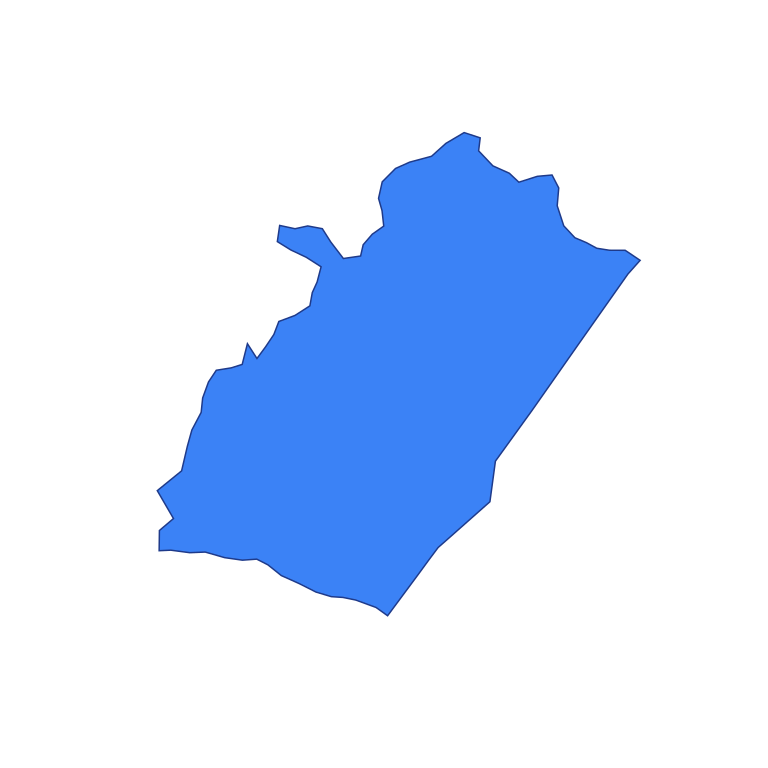 Coité do Nóia, Alagoas, Brazil, rotated 54°
{"feature_id": "56859067B710656969786", "entity_name": "Coité do Nóia", "entity_type": "district", "adm_level": 2, "iso_a3": "BRA", "parent_name": "Brazil", "parent_adm1": "Alagoas", "projection": "orthographic", "projection_center": [-36.593, -9.632], "detail": "fine", "context": "isolated", "style": "filled", "palette": "blue", "viewbox_px": 768, "rotation_deg": 54, "n_neighbors": 0, "source": "geoboundaries", "source_scale": "gbopen_adm2", "svg_char_len": 1190}
<svg xmlns="http://www.w3.org/2000/svg" viewBox="0 0 768 768"><g transform="rotate(54 384 384)"><path d="M386.7,663.9L393.1,654.2L406.3,640.3L414.9,627.4L430.8,615.0L443.3,602.1L450.9,589.9L462.1,584.2L478.6,579.7L495.5,570.0L512.4,561.3L525.1,551.6L532.5,542.7L542.0,534.0L560.1,521.8L573.6,517.3L558.4,468.9L552.8,451.5L548.1,436.3L546.9,423.4L541.5,367.5L511.9,339.2L492.3,279.5L463.4,195.3L438.4,122.0L434.5,104.1L417.6,110.3L408.3,123.0L399.2,132.1L388.7,137.1L377.9,143.6L361.7,145.6L341.6,139.1L328.1,127.4L313.7,125.2L306.1,137.9L300.0,156.3L287.2,158.7L271.5,167.7L251.0,170.4L241.4,161.5L227.7,171.4L225.7,192.5L227.7,211.7L219.6,232.8L216.4,248.0L219.4,266.6L230.6,279.3L242.6,283.7L256.1,291.4L255.9,305.4L259.1,319.0L266.7,327.7L258.6,343.1L237.7,343.6L222.1,342.6L211.3,352.8L206.1,364.7L194.4,375.2L206.1,386.6L220.8,380.6L235.8,372.4L252.2,366.0L262.2,378.2L267.9,388.3L277.2,398.0L276.2,415.7L271.6,432.3L279.2,444.0L284.3,457.9L288.7,471.8L271.1,470.8L284.8,487.2L281.1,498.2L274.3,511.6L279.2,524.8L288.7,538.9L299.5,548.6L308.3,566.5L318.8,579.7L335.3,598.8L337.0,630.1L369.1,633.4L370.5,651.8L386.7,663.9Z" fill="#3b82f6" stroke="#1e3a8a" stroke-width="1.5"/></g></svg>